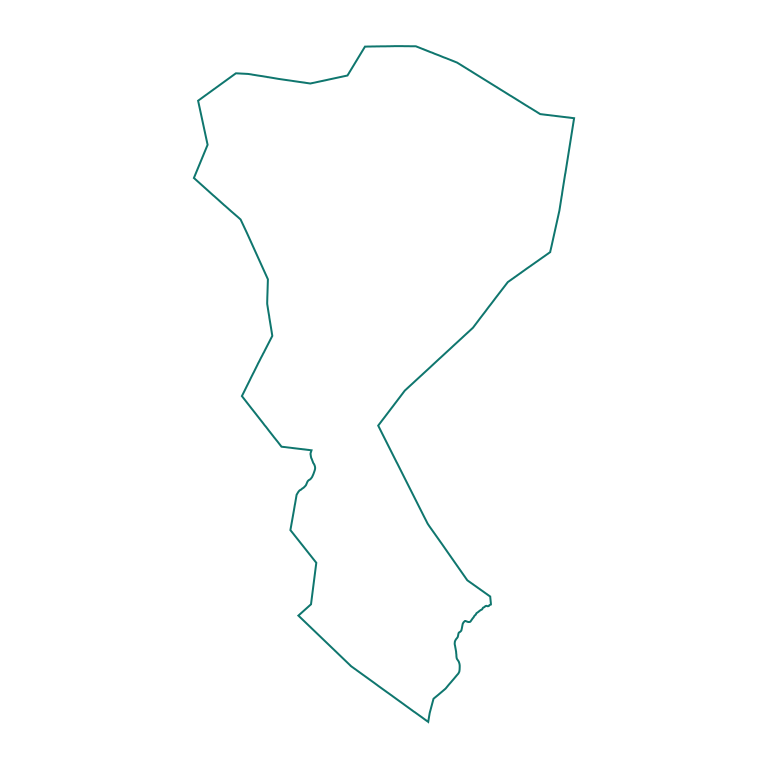 the district of Tu'devtei, Dzavhan, Mongolia
{"feature_id": "93677404B13111069178449", "entity_name": "Tu'devtei", "entity_type": "district", "adm_level": 2, "iso_a3": "MNG", "parent_name": "Mongolia", "parent_adm1": "Dzavhan", "projection": "albers", "projection_center": [96.497, 48.852], "detail": "fine", "context": "isolated", "style": "outline", "palette": "teal", "viewbox_px": 768, "rotation_deg": 0, "n_neighbors": 0, "source": "geoboundaries", "source_scale": "gbopen_adm2", "svg_char_len": 4265}
<svg xmlns="http://www.w3.org/2000/svg" viewBox="0 0 768 768"><path d="M207.6,144.8L193.9,178.0L213.6,195.7L213.9,195.9L221.7,202.9L223.5,204.5L224.0,205.0L224.9,205.7L231.2,211.3L235.6,215.1L237.6,216.8L240.6,219.5L242.2,222.9L242.4,223.3L246.9,232.9L267.9,279.3L267.5,292.3L267.3,297.9L267.3,298.0L267.2,302.3L267.2,303.9L268.4,311.7L269.2,316.3L269.3,317.4L271.6,331.4L272.3,335.9L264.5,351.1L264.2,351.8L262.9,354.1L262.6,354.8L261.0,357.8L259.2,361.4L258.6,362.5L258.0,363.6L257.7,364.3L253.5,372.8L253.4,372.9L250.8,378.1L249.8,380.2L247.1,385.6L246.6,386.6L244.3,391.3L244.0,391.9L241.9,396.1L251.7,408.7L252.6,409.8L263.4,423.6L264.5,425.1L265.0,425.7L265.8,426.6L268.1,429.6L268.6,430.3L273.4,436.4L273.9,437.1L274.9,438.3L275.3,438.8L276.4,440.2L277.0,440.9L281.5,446.7L311.5,450.3L310.7,452.8L310.5,453.8L310.6,454.7L310.7,454.9L310.8,456.0L311.2,457.9L311.7,458.9L312.8,461.8L313.2,462.9L314.2,464.4L314.8,466.0L315.1,467.3L315.1,468.6L314.9,469.6L314.9,469.8L314.8,470.0L314.5,471.0L313.4,474.1L312.1,477.0L311.0,478.5L310.1,479.4L308.7,480.2L308.0,480.9L307.6,481.4L307.3,482.0L306.8,483.2L306.0,485.1L305.3,486.0L304.6,486.7L303.5,487.8L302.3,488.5L302.0,488.8L301.6,489.1L300.8,489.8L299.7,490.3L298.8,491.3L298.2,492.1L296.6,494.8L295.0,504.2L294.9,504.5L293.8,511.0L290.4,530.1L316.3,562.8L311.0,604.3L298.4,615.6L350.8,665.9L350.8,666.0L374.8,683.3L375.3,683.7L377.1,685.0L378.0,685.7L387.3,692.4L387.9,692.8L388.6,693.3L390.8,694.9L391.4,695.3L391.7,695.5L392.6,696.2L414.1,711.8L414.5,712.0L428.2,721.9L429.7,713.0L433.5,698.8L434.4,698.0L435.5,697.1L437.7,695.3L438.3,694.8L445.6,688.6L448.8,684.7L451.5,681.6L451.9,681.1L453.2,679.6L453.3,679.5L456.8,675.3L457.5,674.5L458.4,673.5L458.9,672.4L459.3,671.7L459.6,669.6L459.7,667.0L459.7,665.5L459.5,664.0L459.2,662.9L458.7,661.5L458.1,660.6L457.0,659.0L456.7,658.2L456.5,657.0L456.4,655.9L456.4,654.8L456.2,653.3L456.1,651.7L455.5,648.3L455.3,647.3L455.1,646.0L454.9,645.2L454.7,644.1L454.7,643.3L454.8,642.3L454.9,641.5L455.4,640.3L456.2,639.0L457.0,638.1L457.7,637.1L458.1,635.6L458.2,634.8L458.4,634.0L458.5,633.4L458.8,632.7L459.3,632.3L460.0,631.9L460.6,631.4L461.3,630.6L461.8,628.6L462.7,623.9L463.5,622.4L464.0,621.9L464.6,621.3L465.0,621.0L465.4,621.0L465.6,621.0L466.0,621.2L467.3,621.7L467.6,621.8L468.2,622.0L469.1,622.0L469.4,622.0L469.8,621.9L470.3,621.7L470.7,621.2L471.0,620.8L471.3,620.3L471.9,619.5L472.3,618.9L472.8,618.2L473.2,617.8L473.8,617.0L474.0,616.5L474.4,615.9L474.9,615.4L475.4,614.9L475.8,614.6L476.1,613.9L476.4,613.3L476.9,612.9L477.5,612.5L478.5,611.8L479.0,611.3L479.2,611.2L479.8,610.7L480.8,610.0L481.6,609.7L482.2,609.2L482.4,608.8L482.8,608.1L483.1,607.7L483.5,607.5L483.9,607.3L484.4,607.1L484.7,606.8L485.0,606.5L485.2,606.3L485.5,606.1L486.2,605.9L486.6,605.9L487.5,606.2L488.1,606.2L488.7,606.0L489.0,605.8L489.1,605.6L489.2,605.4L489.7,605.0L490.4,604.7L490.6,604.6L490.9,604.5L490.9,603.7L490.2,596.5L490.0,596.4L467.3,580.3L447.5,552.0L441.1,542.8L441.0,542.7L436.2,535.9L429.4,526.3L427.6,523.6L425.9,520.2L424.2,516.9L405.8,480.4L405.7,480.2L397.0,462.9L396.8,462.6L382.0,433.2L378.2,425.6L383.2,419.0L383.3,418.9L395.7,402.6L404.8,390.6L427.3,369.9L439.8,358.3L440.6,357.6L452.2,346.9L452.5,346.6L455.1,344.2L473.0,327.7L479.2,319.5L479.7,318.8L486.1,310.5L486.5,309.9L487.2,309.0L487.4,308.7L489.3,306.2L490.5,304.7L494.6,299.3L495.1,298.6L507.8,282.1L523.4,271.0L527.3,268.2L527.9,267.8L550.2,252.1L550.4,250.8L550.7,249.7L551.2,247.5L551.4,246.7L559.4,210.6L561.7,196.0L561.8,195.7L562.2,192.9L562.2,192.7L565.2,173.8L565.3,173.6L574.1,118.2L540.2,114.1L529.9,107.7L529.6,107.6L526.8,105.8L526.7,105.8L511.0,96.0L510.4,95.7L501.1,89.9L500.9,89.8L500.3,89.4L457.1,62.6L445.3,57.9L443.6,57.3L441.2,56.3L439.3,55.5L434.5,53.7L433.2,53.1L431.7,52.5L430.7,52.2L415.9,46.3L397.6,46.1L395.1,46.1L394.4,46.1L393.3,46.2L392.6,46.2L386.4,46.3L384.1,46.3L365.0,46.6L352.4,67.4L349.1,72.8L348.9,73.2L348.7,73.6L348.3,74.1L347.5,75.5L328.0,79.7L327.6,79.8L310.3,83.5L278.5,78.9L270.9,77.6L270.2,77.5L269.0,77.3L268.0,77.1L267.4,77.1L266.8,76.9L264.8,76.6L263.1,76.3L257.7,75.5L254.7,75.0L252.7,74.7L251.3,74.4L251.2,74.4L248.5,74.0L247.4,73.9L236.0,73.3L235.9,73.3L198.1,100.7L207.6,144.8L207.6,144.8Z" fill="none" stroke="#0f766e" stroke-width="2"/></svg>